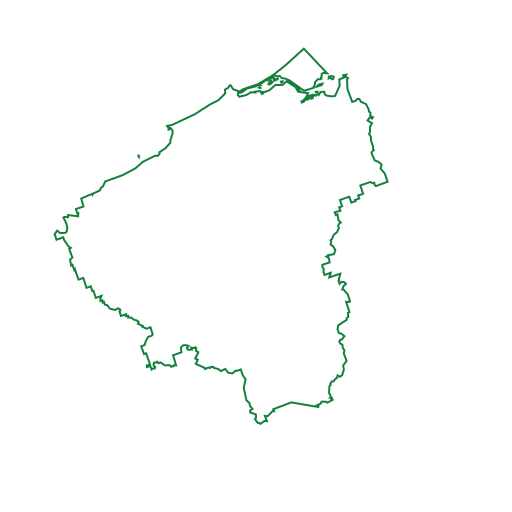 Sunshine Coast, Queensland, Australia, rotated 242°
{"feature_id": "25037944B96271376045080", "entity_name": "Sunshine Coast", "entity_type": "district", "adm_level": 2, "iso_a3": "AUS", "parent_name": "Australia", "parent_adm1": "Queensland", "projection": "albers", "projection_center": [153.027, -26.708], "detail": "fine", "context": "isolated", "style": "outline", "palette": "green", "viewbox_px": 512, "rotation_deg": 242, "n_neighbors": 0, "source": "geoboundaries", "source_scale": "gbopen_adm2", "svg_char_len": 6130}
<svg xmlns="http://www.w3.org/2000/svg" viewBox="0 0 512 512"><g transform="rotate(242 256 256)"><path d="M105.7,181.1L106.4,186.1L105.1,188.1L110.6,188.8L109.1,191.1L111.3,198.1L110.5,199.1L112.6,199.3L110.2,218.4L93.4,240.1L94.2,240.7L95.6,239.9L95.3,244.0L96.6,245.5L94.6,249.2L93.0,250.2L93.0,256.0L94.2,255.3L94.9,256.3L96.1,254.8L96.5,255.9L98.4,256.4L100.5,256.1L106.5,259.6L107.1,261.4L108.2,261.5L109.7,264.0L108.8,265.7L110.2,268.1L110.4,270.4L112.3,272.0L109.9,273.4L110.4,276.2L114.5,280.3L118.4,281.5L120.9,286.8L128.9,287.8L131.2,289.8L134.2,289.5L137.2,290.7L138.8,289.4L140.8,289.1L142.5,290.8L142.0,292.6L143.7,296.4L147.3,295.0L149.0,293.0L153.0,293.6L156.1,295.9L157.1,306.1L158.6,307.0L158.9,308.9L162.6,310.4L162.6,312.2L173.3,314.1L171.5,317.1L172.0,317.8L179.1,319.0L185.3,317.5L186.0,316.4L188.4,319.2L188.9,322.0L189.7,322.4L191.8,321.3L193.0,319.1L192.2,316.7L195.3,317.2L195.6,318.2L196.8,318.4L200.8,322.1L202.7,310.6L206.1,314.1L207.1,307.6L210.3,308.1L212.5,309.7L215.4,309.5L217.1,310.4L215.8,318.0L219.7,319.3L222.5,318.0L222.1,320.1L222.8,320.2L221.0,325.7L223.9,328.8L228.6,328.6L230.9,327.2L232.7,328.7L235.0,329.2L235.1,330.8L238.1,334.3L239.1,338.8L241.6,342.2L244.0,342.7L245.6,344.6L245.7,346.5L249.2,345.6L254.4,347.5L254.6,345.7L257.6,346.1L256.3,351.8L259.9,352.3L259.5,355.4L266.0,356.4L264.6,366.2L258.4,365.3L257.8,369.7L259.0,369.8L258.3,374.1L261.5,374.6L260.6,379.8L269.3,381.2L267.7,391.5L265.4,393.4L265.1,394.8L262.8,394.1L261.4,394.8L259.8,407.1L268.5,408.4L274.8,407.0L277.8,409.9L281.8,408.2L284.6,405.7L292.0,406.2L293.3,406.7L294.3,409.8L295.4,409.5L297.4,410.7L303.5,411.7L307.5,413.4L310.8,413.1L311.5,414.5L316.5,417.3L318.8,420.8L323.3,418.1L325.0,421.7L322.8,423.0L323.6,424.4L326.2,422.7L328.8,424.4L330.6,423.5L332.3,424.3L338.4,424.5L343.1,420.9L346.0,421.0L347.2,419.3L346.3,417.0L346.8,413.3L360.4,415.1L369.0,419.2L369.8,420.7L372.1,419.3L372.8,412.5L367.1,409.8L360.2,401.0L361.5,397.6L364.6,393.5L366.2,392.7L368.9,393.4L370.5,390.1L368.7,386.8L369.8,386.4L370.2,384.7L368.9,383.4L370.3,383.9L370.7,382.6L370.5,381.2L368.9,380.3L368.8,378.9L370.7,376.5L369.8,375.2L370.9,372.9L369.8,370.7L370.0,368.6L371.2,368.8L371.0,370.4L372.6,374.7L375.3,378.4L381.3,370.3L386.6,370.2L395.9,364.9L394.6,359.8L397.9,353.3L396.1,346.1L396.6,341.2L397.6,338.9L396.3,338.7L396.2,337.3L399.5,337.3L401.6,332.3L401.6,331.6L401.0,331.7L402.9,328.4L402.7,322.9L404.4,316.1L406.7,315.5L409.9,317.8L414.2,314.0L418.3,313.9L419.0,313.1L417.5,310.2L417.5,306.8L414.0,305.1L411.2,295.9L411.4,286.5L409.9,268.9L411.1,243.6L412.6,238.6L410.0,238.9L408.7,238.1L408.5,239.2L409.6,240.1L409.1,240.6L405.9,241.2L403.3,239.9L398.1,234.5L396.1,233.4L393.6,226.5L393.0,219.4L391.6,219.0L390.5,216.3L391.9,214.1L392.3,200.5L390.0,190.6L390.0,176.4L392.6,157.9L389.2,153.4L389.1,151.4L387.2,148.9L387.6,141.3L386.8,140.3L387.8,140.2L388.8,128.7L380.7,126.9L382.0,119.0L377.3,118.2L377.3,119.2L374.5,117.6L380.4,109.3L378.5,108.2L380.3,105.5L380.4,104.0L373.4,103.8L369.4,102.6L366.4,100.3L366.0,98.3L368.3,93.8L371.7,92.3L369.9,88.5L364.0,87.5L363.0,94.6L360.2,94.1L352.6,94.9L350.1,96.3L349.9,94.4L340.8,93.1L340.1,90.1L334.3,88.3L334.4,89.8L329.0,89.0L329.5,89.9L318.5,88.2L317.7,93.2L307.5,91.4L306.8,95.9L302.0,95.0L301.7,96.1L294.2,94.9L293.3,100.8L291.7,98.8L289.4,97.6L289.0,99.6L286.9,98.8L286.9,100.2L284.1,99.7L282.3,101.6L278.2,102.2L274.5,106.2L274.6,109.6L272.5,110.9L271.5,110.7L271.2,109.4L266.4,108.6L265.6,113.9L264.1,112.8L263.2,115.1L261.6,114.2L260.2,116.9L256.9,118.4L255.3,120.3L252.9,121.5L251.7,119.9L247.4,123.1L247.0,122.4L243.2,125.2L242.6,129.3L235.2,128.0L234.6,126.3L235.2,122.9L232.5,118.6L229.7,115.9L230.2,112.3L222.0,111.1L221.7,113.3L210.4,111.6L210.0,110.5L210.7,108.2L209.1,107.6L208.5,111.1L204.8,110.5L205.1,112.2L204.2,113.7L205.3,114.9L207.2,114.2L209.0,115.0L209.7,116.2L208.9,117.3L209.1,119.1L207.1,119.6L206.9,121.7L202.1,124.3L200.3,128.4L197.9,129.1L198.1,130.7L197.4,131.4L198.1,132.4L197.0,134.1L207.3,136.2L206.0,144.9L210.6,146.8L211.3,149.9L210.3,152.1L208.3,154.2L207.3,151.9L205.3,151.8L203.5,155.4L205.5,155.8L203.8,158.0L204.0,159.4L202.8,160.0L200.6,158.5L198.1,159.9L194.0,154.2L191.7,155.9L189.0,152.2L181.5,158.0L180.2,157.9L179.8,161.8L178.7,162.7L179.3,164.2L178.1,166.2L177.1,166.2L174.0,169.5L170.8,171.1L170.8,175.8L166.0,176.7L163.4,180.0L164.3,184.1L163.5,185.1L163.0,189.3L157.3,188.3L152.0,188.9L145.4,183.3L133.1,179.8L129.3,181.2L126.4,180.3L122.6,181.2L122.4,178.4L120.6,177.4L116.1,181.5L113.2,180.1L112.6,178.5L107.9,179.2L107.1,180.6L105.7,181.1ZM416.6,395.6L410.6,371.7L407.7,356.1L406.8,338.5L409.3,323.1L409.0,319.3L407.9,317.9L407.3,319.8L408.2,320.7L407.2,321.1L408.2,326.5L405.7,336.1L406.3,337.5L404.6,340.3L405.7,340.3L406.3,341.3L405.8,342.4L406.8,347.5L405.6,348.6L405.9,355.5L407.3,357.0L404.4,359.1L403.9,361.4L400.8,362.4L398.9,365.2L395.1,368.1L380.2,375.6L379.0,377.1L377.6,385.2L379.5,388.3L381.8,389.9L383.1,393.6L381.9,395.6L382.7,396.7L382.0,397.1L386.0,399.6L385.9,401.7L384.0,404.5L416.6,395.6ZM378.9,404.9L376.2,406.2L376.2,407.3L377.7,408.8L379.3,407.4L380.2,404.5L378.8,403.6L378.9,404.9ZM369.2,380.2L370.6,380.4L372.6,378.3L372.7,377.2L371.2,375.5L370.5,375.5L371.0,377.0L369.3,378.6L369.2,380.2ZM401.0,348.8L401.8,352.2L403.6,351.6L403.6,350.0L401.8,347.7L401.0,348.8ZM377.0,389.2L376.1,394.3L377.0,395.6L377.9,391.6L377.0,389.2ZM373.7,420.9L374.7,417.9L373.9,417.7L372.9,419.8L373.7,420.9ZM391.3,369.7L393.8,368.4L396.7,366.1L393.0,367.8L391.3,369.7ZM402.8,356.3L404.3,355.4L404.4,354.8L403.0,354.4L402.8,356.3ZM397.2,359.8L397.1,360.9L397.7,361.5L398.3,359.9L397.2,359.8ZM371.1,382.6L371.7,382.0L372.0,380.3L370.7,381.0L371.1,382.6ZM382.2,372.2L382.9,372.3L384.2,371.0L383.0,371.0L382.2,372.2ZM373.2,384.8L371.7,387.2L372.2,387.5L373.2,384.8ZM401.6,358.9L402.6,358.1L402.0,356.8L401.9,358.2L401.6,358.9ZM402.5,338.7L403.5,338.3L403.3,337.6L402.6,338.2L402.5,338.7ZM390.8,368.9L389.0,369.5L391.2,369.0L390.8,368.9ZM384.1,372.6L385.2,372.3L385.4,371.7L384.3,371.9L384.1,372.6ZM399.8,199.4L399.1,198.9L398.3,199.0L399.2,199.7L399.8,199.4Z" fill="none" stroke="#15803d" stroke-width="2"/></g></svg>